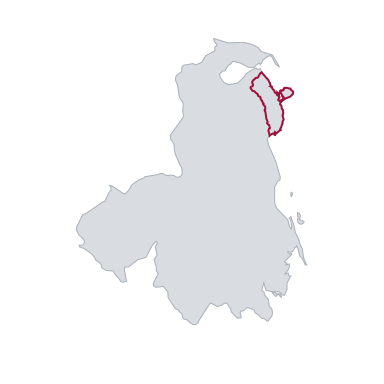 Falcón highlighted on a map of Venezuela, rotated 76°
{"feature_id": "VEN-23", "entity_name": "Falcón", "entity_type": "State", "adm_level": 1, "iso_a3": "VEN", "parent_name": "Venezuela", "parent_adm1": "", "projection": "albers", "projection_center": [-69.856, 11.252], "detail": "fine", "context": "in_parent", "style": "outline", "palette": "rose", "viewbox_px": 384, "rotation_deg": 76, "n_neighbors": 0, "source": "natural_earth", "source_scale": "10m", "svg_char_len": 8260}
<svg xmlns="http://www.w3.org/2000/svg" viewBox="0 0 384 384"><g transform="rotate(76 192 192)"><path d="M331.5,144.3L335.6,149.4L335.3,150.6L332.9,151.9L331.5,154.9L328.5,156.3L324.3,160.0L321.5,160.4L317.3,166.5L319.8,171.0L319.3,173.4L320.4,174.5L325.5,174.5L326.0,175.7L325.5,177.6L324.6,178.9L317.8,182.9L314.5,182.6L313.1,183.8L308.7,184.7L307.6,187.0L308.8,190.0L309.4,195.0L304.0,201.0L318.3,216.3L319.9,217.1L321.4,220.6L321.0,222.8L318.6,225.4L315.1,227.4L313.2,230.7L311.0,231.4L307.2,231.3L305.4,233.1L303.0,233.8L301.5,236.3L288.7,240.7L283.1,239.6L276.7,242.7L275.7,250.1L273.8,251.8L271.4,251.8L263.2,244.6L259.2,245.7L256.4,244.8L248.5,245.2L244.7,241.1L236.5,240.9L233.3,238.1L231.8,238.1L231.2,239.1L234.5,243.7L244.3,252.6L244.5,260.7L249.3,271.9L248.6,275.5L251.2,276.5L262.8,277.1L262.8,281.1L261.3,283.0L259.0,283.4L253.2,286.6L249.6,287.6L247.4,294.2L245.5,296.2L243.4,297.8L239.4,297.9L234.2,302.2L232.3,302.2L227.8,304.3L220.6,310.6L218.2,314.3L216.4,314.4L217.1,311.1L216.1,309.4L214.4,308.5L212.8,308.4L210.8,309.3L205.4,312.5L200.2,313.3L197.4,311.9L187.5,303.5L187.3,300.6L185.0,293.9L180.0,281.3L180.0,278.9L172.3,272.6L171.1,270.4L167.9,269.6L165.9,270.4L166.5,268.3L176.8,259.1L177.7,257.1L173.6,251.3L171.3,249.7L170.0,247.7L167.4,240.6L166.7,235.1L165.8,234.0L166.8,220.7L166.3,217.7L167.1,215.5L169.1,213.9L170.2,211.6L170.4,208.3L171.6,205.7L173.7,203.6L174.5,201.6L173.5,198.3L171.7,197.0L165.4,196.0L163.7,197.0L152.3,198.9L146.7,198.9L142.4,198.1L139.1,198.4L135.3,200.2L133.4,199.1L131.9,199.7L116.9,181.9L111.4,181.5L103.9,179.0L98.0,181.0L95.6,181.2L85.1,180.1L79.3,181.0L76.8,180.1L75.2,178.7L72.6,172.8L68.6,171.8L67.0,169.5L67.6,160.0L69.5,157.5L68.9,153.2L68.4,151.1L63.1,145.8L60.4,135.5L57.0,134.9L56.0,132.6L54.9,132.2L52.1,133.6L49.0,134.1L48.4,133.5L56.1,120.9L59.2,105.9L63.0,98.5L68.2,92.6L72.4,90.9L78.6,80.8L92.0,76.7L88.5,79.8L80.5,81.7L78.6,82.9L78.8,86.2L81.1,91.1L85.1,94.9L83.3,95.3L84.1,98.7L86.0,101.0L86.1,102.5L84.6,107.1L78.4,114.2L75.0,120.5L77.5,124.2L77.9,126.1L82.4,130.8L82.0,132.7L83.9,136.5L87.1,137.0L93.4,134.6L96.7,130.6L97.4,123.0L96.8,120.2L93.0,113.6L90.4,111.0L88.2,105.2L87.2,99.9L88.9,98.7L88.8,95.9L93.1,95.2L102.4,90.8L108.2,89.7L114.8,87.3L117.7,84.1L118.7,83.9L122.1,85.7L123.8,85.1L124.5,83.7L123.5,80.9L115.7,81.9L113.7,76.3L115.5,71.7L119.6,70.0L122.6,72.7L124.7,80.8L127.4,85.0L135.8,84.1L144.3,86.0L153.4,91.7L156.1,97.8L155.0,99.3L155.6,101.8L156.9,104.4L158.9,106.0L164.6,106.4L183.1,103.3L198.8,102.7L201.8,103.9L202.1,106.1L207.2,110.6L222.5,114.4L228.4,113.7L242.2,105.7L249.7,105.8L251.8,104.6L249.0,103.5L242.8,103.1L240.9,104.0L239.8,102.0L248.8,101.2L256.7,101.5L263.1,99.9L268.3,99.8L273.4,98.8L283.1,99.6L290.7,98.5L289.9,99.8L283.3,101.0L280.3,103.0L273.7,102.8L269.0,103.6L270.5,104.1L270.6,106.0L271.9,106.4L274.0,108.7L274.5,110.6L272.9,113.7L274.8,113.3L275.9,112.3L275.8,110.2L276.9,110.5L282.0,119.3L284.0,117.1L285.5,118.4L285.3,115.0L287.0,115.1L290.6,117.2L294.4,122.2L293.7,118.3L296.6,118.2L297.3,116.5L303.4,121.9L309.7,123.4L314.5,127.5L313.5,129.6L310.8,130.7L309.8,132.0L307.9,138.7L305.4,144.0L297.5,144.3L304.3,148.1L306.6,146.4L309.9,146.2L314.8,143.9L321.6,144.7L324.6,142.8L328.3,143.0L331.5,144.3ZM249.1,91.2L249.8,94.0L247.7,96.4L244.8,96.5L242.6,95.0L241.4,95.4L237.5,94.6L238.6,93.1L241.4,92.3L243.6,94.0L245.4,94.0L245.8,92.6L248.1,90.4L249.1,91.2ZM313.3,136.3L309.2,138.6L308.9,136.5L312.1,133.8L313.6,135.3L313.3,136.3ZM220.5,96.5L219.3,97.0L216.2,95.9L216.9,95.1L218.6,95.1L220.5,96.5ZM314.1,132.2L311.5,133.0L312.2,131.4L314.8,130.5L315.8,130.8L314.1,132.2Z" fill="#d9dde1" stroke="#a8b0b8" stroke-width="1"/><path d="M92.7,95.4L95.0,94.5L95.9,93.9L96.1,93.7L97.3,93.3L101.4,91.0L104.7,90.2L105.3,89.9L105.7,90.1L106.5,90.1L108.9,89.8L109.3,89.6L109.6,89.1L109.4,89.1L109.2,89.3L109.0,89.6L109.0,89.1L109.5,88.9L110.6,89.1L111.3,88.9L112.9,88.1L113.6,87.6L114.1,87.6L114.8,87.7L115.9,87.2L116.4,86.7L116.6,86.1L116.7,85.7L116.5,85.4L116.2,85.3L116.5,85.2L117.0,85.4L117.2,85.6L117.4,85.9L117.6,86.1L117.8,86.0L118.0,85.8L118.0,85.5L118.5,85.6L118.8,85.8L119.0,85.6L119.0,85.4L118.9,85.3L118.9,85.2L118.7,85.1L118.7,84.9L118.8,84.8L118.5,84.7L118.6,84.4L117.7,84.1L117.2,84.1L117.2,83.9L117.4,83.9L117.7,83.9L117.5,83.7L117.3,83.6L117.0,83.5L116.7,83.4L116.3,83.1L117.1,83.3L117.7,83.6L118.3,83.9L118.6,84.1L118.8,84.1L119.2,84.2L119.5,84.2L119.9,84.3L120.2,84.5L120.6,84.3L120.8,84.1L121.3,84.3L121.4,84.6L121.5,84.7L121.8,84.6L122.0,85.0L122.3,85.2L122.7,85.4L123.0,85.9L123.6,86.1L124.0,85.9L124.1,85.6L124.7,85.2L125.0,85.0L125.1,84.5L124.6,83.7L124.7,83.3L124.5,83.1L124.2,82.1L124.1,81.4L123.6,80.4L123.4,80.4L123.4,80.8L123.2,80.8L123.0,80.5L122.9,80.4L122.6,80.5L122.4,80.6L122.3,80.8L122.2,80.8L121.2,81.2L120.7,81.2L120.9,80.8L120.0,81.2L119.8,81.3L119.1,81.3L118.8,81.4L118.6,81.5L118.2,81.7L116.8,81.8L115.8,82.3L115.3,82.2L114.9,81.8L114.8,81.3L114.9,81.1L115.1,80.8L115.2,80.7L115.2,80.4L115.1,80.2L115.1,79.7L114.9,79.4L114.8,79.2L114.9,79.3L115.3,79.4L115.4,79.5L115.4,78.9L115.3,78.7L115.2,78.5L115.0,78.4L114.9,78.5L114.8,78.8L114.7,78.9L114.6,78.6L114.1,77.8L114.0,77.6L113.9,77.6L113.8,77.0L113.7,76.9L113.4,76.9L113.5,76.6L113.6,75.8L113.7,75.5L113.8,75.1L114.1,74.4L114.2,74.0L114.4,73.7L115.0,72.9L115.2,72.6L115.3,72.3L115.3,71.6L115.4,71.4L116.3,71.4L116.7,71.3L117.0,71.1L118.4,69.9L118.8,69.7L119.3,69.6L119.6,69.7L119.9,69.9L120.9,70.1L121.3,70.4L123.2,73.5L123.4,74.4L123.5,75.3L123.6,77.1L123.7,78.0L125.0,81.7L126.0,83.7L126.7,84.6L127.6,85.2L128.3,85.3L128.9,85.0L129.4,84.6L130.2,84.4L132.0,84.6L132.8,84.7L133.7,84.4L134.2,84.0L134.6,83.8L135.0,83.8L135.7,84.1L135.9,84.2L136.6,84.2L136.8,84.2L138.2,84.7L138.4,84.7L138.5,84.9L138.8,85.2L139.1,85.4L139.4,85.5L140.3,85.7L143.6,85.5L144.0,85.6L144.3,85.9L145.0,86.6L145.4,87.0L145.9,87.2L146.6,87.5L146.9,87.5L147.2,87.6L147.3,87.5L147.5,87.5L148.0,87.8L148.3,88.3L148.8,88.7L150.4,89.5L150.9,89.9L151.2,90.2L151.4,90.5L151.6,90.8L153.0,91.4L153.1,91.1L153.1,90.9L153.3,90.9L153.3,91.0L153.5,91.4L153.5,91.5L153.4,91.9L153.6,92.4L154.4,93.7L155.7,96.2L155.9,96.8L155.7,97.1L155.4,96.8L155.1,96.6L154.7,96.5L154.2,96.7L154.0,96.8L153.9,96.9L154.6,97.1L156.3,97.3L156.8,97.6L156.5,98.1L156.2,98.2L155.2,98.2L154.9,98.4L154.8,98.8L154.8,99.3L155.1,100.7L155.8,102.5L156.1,103.0L150.9,103.0L149.4,102.1L149.3,101.6L149.3,101.2L148.9,101.0L148.5,100.9L148.0,101.0L147.8,100.9L146.9,100.9L146.7,100.9L146.6,101.0L146.3,101.1L146.1,101.1L145.7,101.0L145.2,101.2L145.1,101.4L144.9,101.8L144.8,102.0L144.4,102.2L143.2,102.5L142.9,102.0L142.7,101.9L142.4,101.7L141.6,101.7L141.1,101.8L140.4,101.8L140.2,101.8L139.5,102.0L139.0,102.1L138.1,102.1L135.8,101.7L135.6,101.7L135.3,101.8L135.1,101.8L134.9,101.7L131.8,101.4L131.7,101.5L131.4,101.6L130.5,101.8L130.3,101.8L130.1,101.8L130.0,101.7L130.0,101.4L129.9,101.2L129.4,100.8L128.3,100.7L127.2,100.4L126.8,100.3L125.8,101.0L125.0,101.4L124.1,101.7L123.9,101.7L123.7,101.7L123.4,101.6L123.5,101.5L123.6,101.4L123.8,101.3L123.7,101.1L123.4,101.1L123.2,101.2L123.1,101.3L122.8,101.6L122.5,101.7L122.3,101.8L122.1,101.8L121.7,101.8L121.4,101.9L121.2,102.0L121.1,101.9L120.8,101.9L120.5,101.9L120.3,101.9L120.0,102.2L119.3,102.5L119.0,102.7L118.7,102.9L118.3,102.9L117.3,102.7L116.7,102.7L116.4,102.7L116.3,102.8L116.2,102.9L116.0,103.1L115.8,103.6L115.5,103.8L115.1,104.0L114.9,104.2L114.8,104.3L114.5,104.7L113.7,104.6L113.2,104.6L112.9,104.6L112.7,104.7L112.5,105.0L112.4,105.1L111.8,105.4L111.5,105.6L111.4,105.8L111.2,106.1L110.9,106.3L110.5,106.5L110.2,106.6L109.8,106.8L109.3,107.1L109.1,107.4L108.9,108.0L108.6,108.5L108.5,108.8L108.4,108.9L108.1,109.0L107.7,109.1L107.2,109.2L106.8,109.4L106.2,109.7L105.9,110.0L105.4,110.0L105.0,110.0L104.6,109.8L104.3,109.6L104.1,109.3L104.1,109.0L104.1,108.4L104.0,107.8L103.6,107.2L103.3,107.0L102.8,106.8L101.7,106.9L100.9,107.1L100.7,107.2L100.1,106.9L99.8,106.8L99.6,106.9L99.3,106.6L99.1,106.3L98.3,105.5L98.1,105.3L98.0,104.9L98.0,104.7L97.9,104.4L97.8,104.0L97.6,103.8L97.4,103.6L97.1,103.3L97.0,103.1L96.9,103.0L97.0,102.7L96.9,102.5L96.8,102.2L96.8,101.8L96.8,101.5L97.0,100.7L96.9,100.4L96.8,100.2L95.8,99.4L95.6,99.3L95.2,98.9L94.4,98.0L94.1,97.8L93.7,97.4L93.5,97.2L93.3,96.8L92.7,95.4L92.7,95.4Z" fill="none" stroke="#9f1239" stroke-width="2"/></g></svg>